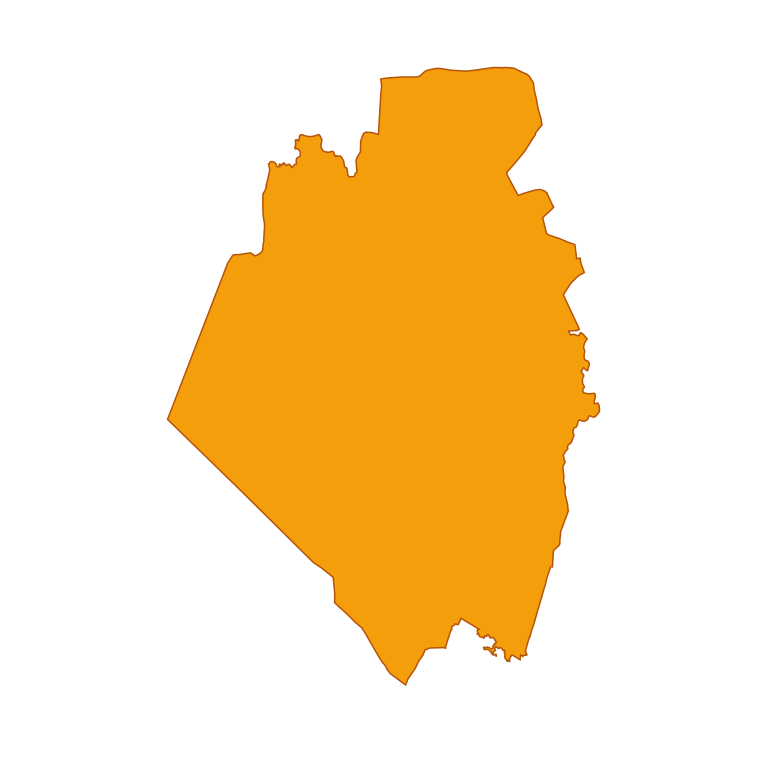 Čornajas pag., Rezeknes, Latvia, rotated 78°
{"feature_id": "27541924B53190553604888", "entity_name": "Čornajas pag.", "entity_type": "district", "adm_level": 2, "iso_a3": "LVA", "parent_name": "Latvia", "parent_adm1": "Rezeknes", "projection": "robinson", "projection_center": [27.431, 56.389], "detail": "fine", "context": "isolated", "style": "filled", "palette": "amber", "viewbox_px": 768, "rotation_deg": 78, "n_neighbors": 0, "source": "geoboundaries", "source_scale": "gbopen_adm2", "svg_char_len": 6136}
<svg xmlns="http://www.w3.org/2000/svg" viewBox="0 0 768 768"><g transform="rotate(78 384 384)"><path d="M373.6,603.1L457.4,547.0L544.2,490.0L550.9,483.4L562.5,473.9L579.2,475.8L587.6,477.8L594.9,472.8L595.2,472.3L604.3,466.0L610.8,461.9L618.1,456.2L619.4,455.9L622.5,454.6L644.3,447.6L650.7,445.4L655.7,443.5L660.0,441.2L663.8,440.3L668.6,438.1L682.9,425.4L677.5,421.9L668.7,412.6L662.3,407.7L657.4,402.3L657.2,402.4L654.8,400.5L652.6,399.3L652.7,398.9L651.9,394.9L651.9,393.5L654.1,381.3L654.4,380.1L655.3,378.8L653.4,378.0L650.6,376.6L640.2,370.6L637.5,368.5L635.8,368.3L634.9,367.3L634.6,365.5L633.4,364.4L634.8,361.5L629.3,357.3L643.7,341.9L643.9,343.7L644.1,343.9L645.5,344.3L646.7,344.1L648.1,344.8L648.3,344.3L647.5,343.8L647.6,343.5L650.8,343.0L651.3,342.4L652.1,340.3L653.4,339.4L653.4,339.2L652.9,338.6L651.9,338.5L651.3,337.8L651.5,337.0L652.3,336.4L652.3,336.1L651.2,335.8L650.9,335.3L651.0,334.7L651.4,334.2L651.6,333.5L653.2,333.5L654.2,333.0L654.7,332.2L654.4,331.0L654.9,329.8L655.5,329.4L657.8,328.7L659.1,327.9L660.4,328.2L661.3,329.0L660.8,329.4L662.7,331.7L663.3,332.0L664.6,332.1L665.2,332.7L665.3,333.7L665.1,334.2L663.2,336.8L662.8,337.7L662.9,340.2L662.1,341.0L662.3,341.3L663.8,341.3L664.7,340.9L664.9,340.2L665.0,337.9L665.6,337.0L667.8,335.5L668.0,334.7L669.5,335.0L671.1,334.1L671.9,333.2L672.0,331.5L672.2,331.1L674.1,330.9L673.3,330.6L671.6,330.7L671.8,331.8L671.5,332.9L669.8,333.2L668.0,331.7L667.9,330.4L666.2,330.8L664.1,329.7L664.3,329.1L665.4,327.9L666.4,327.5L666.5,326.9L666.0,325.2L666.7,324.1L669.0,323.1L669.3,322.0L670.0,321.2L670.4,321.2L670.8,322.0L671.2,322.2L673.3,321.8L675.9,322.6L677.5,322.6L679.2,321.6L680.3,321.4L680.8,320.8L680.0,320.5L680.4,319.6L681.0,319.1L682.1,318.7L678.7,318.3L675.5,315.1L682.0,308.2L677.4,306.7L678.1,306.2L678.2,305.8L678.6,305.4L678.4,305.2L678.6,305.0L679.3,304.9L678.8,303.6L678.4,303.5L678.8,301.7L678.8,300.8L678.5,300.4L678.0,300.4L677.0,301.0L675.7,300.9L675.2,301.5L663.5,295.4L661.7,293.9L656.7,291.4L649.8,287.3L612.3,267.2L607.0,264.7L597.6,259.0L597.3,257.4L597.6,257.2L582.2,252.9L580.0,249.2L579.3,248.4L578.8,247.0L578.2,246.2L577.3,245.5L575.5,244.8L574.4,244.8L564.8,241.7L546.7,230.2L539.9,229.5L528.3,229.7L522.6,228.1L517.3,228.7L516.1,228.6L512.5,227.4L502.4,226.3L501.2,225.7L498.7,223.5L497.6,223.0L495.8,223.5L490.8,223.4L487.7,220.5L485.8,217.9L485.5,217.6L483.4,217.6L482.3,216.9L480.7,213.7L478.8,212.0L473.5,208.8L470.5,209.3L466.9,207.7L466.6,207.2L466.2,205.3L465.8,204.7L464.2,203.4L461.6,202.2L460.1,201.1L459.8,200.3L461.5,197.6L461.8,196.7L462.0,195.2L461.5,193.4L460.8,191.9L458.3,190.6L457.9,190.2L457.9,189.8L458.3,188.8L459.9,186.2L460.0,184.3L456.6,179.8L455.5,179.0L453.3,178.4L449.8,178.1L447.5,178.7L446.9,179.2L447.3,181.2L447.3,181.9L446.5,182.4L444.0,181.7L441.2,180.2L439.6,179.7L438.3,179.6L437.0,180.0L436.8,180.4L436.3,185.6L434.9,189.0L433.8,190.7L432.1,191.1L431.2,190.9L430.3,190.4L428.8,188.7L427.8,188.7L425.4,189.5L424.1,189.6L419.8,188.7L419.3,188.4L418.4,187.3L417.6,186.9L416.2,187.0L413.4,188.5L413.0,188.6L412.4,188.3L411.7,187.4L410.2,186.3L409.6,185.3L413.0,183.0L413.3,182.6L413.3,182.3L411.9,181.3L410.1,180.7L409.0,179.7L407.7,179.0L406.2,179.0L404.3,179.6L403.7,180.2L402.6,182.1L400.3,182.9L396.9,182.1L393.6,180.8L389.9,181.2L388.1,180.6L385.5,179.2L382.1,175.9L377.0,178.7L375.4,180.0L374.7,180.8L374.8,181.4L375.2,181.8L377.2,183.2L376.6,185.3L374.9,187.8L374.7,188.4L374.6,190.1L374.9,191.3L370.6,192.6L370.5,192.4L371.9,183.9L371.1,181.5L334.2,190.0L332.0,188.1L324.4,180.4L319.2,172.5L317.7,169.2L316.7,164.9L307.3,166.2L304.4,166.2L301.7,165.9L301.4,169.5L287.3,168.3L283.3,174.9L277.8,182.8L275.4,187.1L271.8,192.8L270.2,193.7L254.2,194.2L251.1,188.8L246.5,181.4L244.8,181.5L244.5,181.9L231.8,184.8L231.4,184.6L228.9,186.5L226.2,190.6L225.7,195.8L226.5,207.1L227.4,213.6L206.6,219.7L202.8,220.2L195.3,210.2L185.4,197.7L174.4,187.1L171.6,184.0L170.5,183.9L168.7,182.2L163.4,175.6L156.1,175.3L149.4,175.9L145.4,176.0L136.8,175.7L127.6,175.9L121.1,175.3L118.7,175.7L117.0,176.6L113.3,177.8L110.5,180.0L108.2,183.4L102.1,191.3L99.7,198.9L99.4,201.7L97.2,210.9L95.8,231.2L95.1,238.4L91.1,252.9L87.0,263.6L86.1,267.5L86.1,275.4L86.3,277.5L86.7,278.7L87.6,280.5L89.5,283.7L90.1,284.0L90.5,288.2L87.5,302.3L85.5,316.1L85.1,320.7L85.1,323.8L88.7,324.0L92.9,324.6L99.0,326.6L138.7,337.6L135.6,343.4L134.3,347.9L133.9,349.7L134.7,351.8L136.0,352.9L141.6,356.3L152.2,358.9L156.2,362.8L158.9,364.6L161.1,365.1L171.1,366.4L171.5,366.6L171.8,368.1L174.9,370.1L174.0,374.9L172.3,376.1L170.8,375.7L165.3,375.5L164.8,375.6L164.5,376.6L163.6,377.1L161.3,377.3L157.3,377.1L153.1,378.5L152.3,379.1L151.8,379.8L151.6,381.6L150.9,382.8L151.5,383.8L151.1,384.5L149.9,384.4L148.8,384.9L146.7,385.0L145.8,385.7L145.5,387.9L146.1,389.0L145.7,389.8L145.9,391.2L145.2,391.4L144.6,393.6L143.2,395.0L141.9,395.6L139.5,396.2L137.7,396.3L135.7,395.3L133.0,394.2L131.6,394.1L127.6,395.1L126.7,395.7L126.4,396.4L126.9,399.7L126.9,403.1L126.5,405.3L125.1,409.2L123.4,411.7L122.9,413.1L123.1,414.3L123.5,414.7L127.1,416.4L127.9,416.4L128.4,416.7L128.3,417.3L126.9,418.4L126.8,419.5L127.8,420.3L129.2,420.2L130.7,420.4L131.6,420.9L133.0,421.1L134.0,422.1L134.9,422.1L135.8,421.5L135.7,420.0L136.2,419.1L139.3,417.7L142.0,418.1L143.1,418.5L143.9,419.2L144.6,421.5L145.5,422.8L147.3,423.5L150.4,423.9L150.8,424.3L150.6,425.7L150.8,426.0L152.5,427.9L152.6,428.3L153.0,428.5L153.1,429.1L152.8,429.3L150.7,429.8L149.3,431.3L149.2,432.1L149.7,433.4L149.7,434.8L147.4,435.4L146.9,436.1L147.3,437.0L148.4,437.7L148.4,438.1L148.0,438.5L148.4,439.2L147.4,440.2L147.2,440.7L148.2,441.0L149.1,440.3L149.6,440.4L149.7,440.6L149.4,441.5L149.6,442.2L149.6,442.8L148.8,443.5L146.0,444.0L145.0,444.6L144.2,445.4L144.1,445.9L143.2,446.9L142.9,448.2L143.1,449.2L144.6,450.3L144.6,451.1L151.1,451.3L159.1,454.9L165.2,458.0L165.5,457.5L170.1,460.2L172.9,462.9L185.5,465.7L195.0,467.3L201.4,467.5L205.2,468.1L216.9,471.4L219.6,471.9L220.9,472.7L227.0,474.6L228.4,475.3L230.0,477.4L231.1,479.7L232.0,483.3L227.9,487.4L227.4,497.9L226.4,503.9L226.7,505.2L233.2,511.7L373.6,603.1Z" fill="#f59e0b" stroke="#b45309" stroke-width="1.5"/></g></svg>